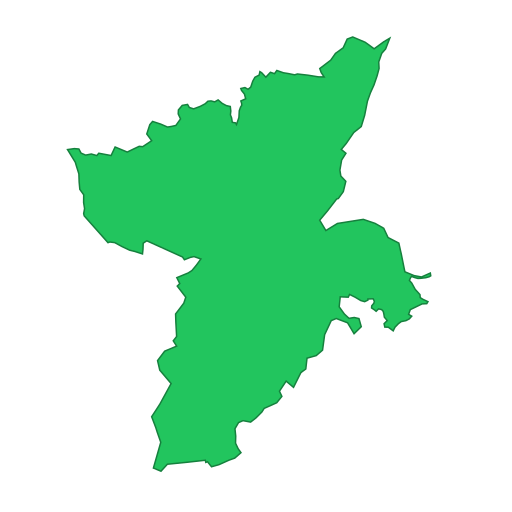 Goudi, Paphos, Cyprus, rotated 261°
{"feature_id": "46923920B75616749522000", "entity_name": "Goudi", "entity_type": "district", "adm_level": 2, "iso_a3": "CYP", "parent_name": "Cyprus", "parent_adm1": "Paphos", "projection": "mercator", "projection_center": [32.446, 34.992], "detail": "fine", "context": "isolated", "style": "filled", "palette": "green", "viewbox_px": 512, "rotation_deg": 261, "n_neighbors": 0, "source": "geoboundaries", "source_scale": "gbopen_adm2", "svg_char_len": 3338}
<svg xmlns="http://www.w3.org/2000/svg" viewBox="0 0 512 512"><g transform="rotate(261 256 256)"><path d="M292.3,111.9L292.7,113.8L291.3,118.6L286.3,125.1L281.5,132.1L279.5,136.9L275.8,144.2L280.2,145.4L286.3,146.6L288.1,150.5L266.5,183.3L263.5,184.7L264.9,190.9L265.1,194.7L261.7,201.1L256.3,195.7L251.7,190.5L249.9,186.5L247.0,174.4L240.7,176.4L238.6,173.5L226.3,180.2L220.7,177.3L211.3,167.5L203.3,166.5L188.9,165.0L185.2,161.0L179.4,163.5L176.3,150.9L168.1,142.4L158.3,143.1L143.3,152.2L124.9,138.0L120.3,133.9L113.6,127.8L102.1,130.2L97.4,130.9L86.9,132.8L62.6,121.5L58.3,128.5L64.2,135.9L63.1,154.8L62.2,174.0L60.0,174.1L60.4,175.9L54.8,179.1L55.7,186.8L57.0,191.6L58.6,197.5L59.7,203.4L64.1,210.4L68.5,208.2L74.3,206.5L81.3,207.8L88.7,208.2L94.2,212.7L95.4,217.4L92.8,224.7L96.0,230.5L101.0,237.4L104.2,240.2L107.8,253.5L113.3,259.6L118.8,258.0L127.7,266.2L120.4,272.5L133.7,282.0L134.6,283.6L136.6,287.5L147.1,290.4L148.2,299.9L152.6,307.0L167.6,311.5L180.4,320.2L181.7,325.5L175.7,336.0L163.9,340.7L169.7,348.9L178.1,347.9L179.9,343.4L179.9,338.1L184.9,334.2L192.8,330.2L202.5,332.8L200.9,340.7L203.4,342.4L199.7,347.6L195.6,352.5L193.9,356.2L194.9,359.6L196.0,359.8L195.4,365.0L192.8,365.8L190.9,365.0L188.7,362.5L186.6,362.0L184.3,364.5L182.6,366.0L184.6,368.8L183.4,371.7L181.4,373.0L178.6,373.2L175.5,373.2L171.7,375.5L169.1,371.9L165.6,372.1L165.0,375.5L160.6,379.8L163.9,382.1L166.9,386.1L168.5,389.2L168.7,394.0L169.9,397.6L172.2,400.4L174.5,397.6L178.9,400.0L180.8,406.3L182.7,412.6L182.2,417.2L184.0,418.7L187.1,414.1L189.2,411.7L192.2,411.9L198.2,408.0L204.9,405.6L207.9,403.7L210.0,405.0L211.5,406.4L209.8,409.5L208.5,412.4L208.2,415.1L208.0,420.4L208.4,423.8L209.1,425.5L211.9,425.5L209.4,416.2L211.9,409.1L217.1,400.6L220.7,400.4L235.4,399.8L238.0,399.6L246.4,399.1L253.6,389.3L263.4,386.5L269.6,378.7L275.4,367.7L275.4,360.6L275.4,341.5L270.2,329.0L281.4,324.5L289.4,333.7L299.7,344.6L299.9,346.3L305.9,352.3L315.7,356.4L321.7,352.3L327.7,352.3L337.4,355.6L343.4,360.9L347.9,356.9L352.9,362.6L362.7,371.9L367.4,380.2L377.9,385.3L391.5,390.3L399.2,394.5L406.5,399.3L415.0,403.8L422.0,406.9L428.5,407.6L436.5,411.9L440.2,416.4L450.2,422.2L447.7,415.9L442.2,405.1L450.0,397.3L457.2,385.8L456.0,380.0L448.0,374.7L443.7,366.2L437.7,360.4L431.2,348.3L427.0,349.1L422.2,351.3L423.2,345.6L426.5,335.5L429.3,325.4L428.9,322.5L431.2,316.3L432.7,311.7L436.0,305.6L433.2,302.8L435.2,299.0L431.1,293.7L436.1,290.3L437.5,288.7L434.2,287.4L432.7,282.9L429.3,280.2L423.6,277.2L421.9,274.2L424.1,271.4L423.8,267.2L421.8,267.6L417.8,269.9L412.9,270.4L411.5,265.3L409.0,265.7L407.1,265.5L405.4,264.0L402.1,262.2L395.5,260.8L388.9,257.3L390.7,256.6L391.7,253.5L396.3,253.5L399.4,252.8L403.1,253.8L407.7,254.0L409.2,250.2L412.1,246.4L416.1,243.0L414.7,239.3L416.2,235.9L416.4,232.7L414.3,229.6L412.5,224.3L411.1,217.4L413.1,213.4L416.4,212.1L416.3,206.7L412.4,202.2L408.5,201.4L403.2,202.9L397.5,197.3L397.2,192.8L397.2,188.8L401.2,182.5L405.1,174.9L402.4,171.7L393.6,167.2L386.2,171.0L381.7,161.2L382.6,157.8L381.0,152.3L378.8,145.1L385.7,133.9L377.9,128.6L382.1,116.8L380.1,114.5L382.5,109.3L382.3,103.5L385.0,99.3L389.4,97.8L390.5,93.4L390.6,86.5L376.8,92.2L372.9,92.7L364.8,93.9L356.7,92.9L349.4,92.4L343.4,95.4L335.8,94.1L329.6,94.1L324.8,92.4L322.5,92.6L292.3,111.9Z" fill="#22c55e" stroke="#15803d" stroke-width="1.5"/></g></svg>